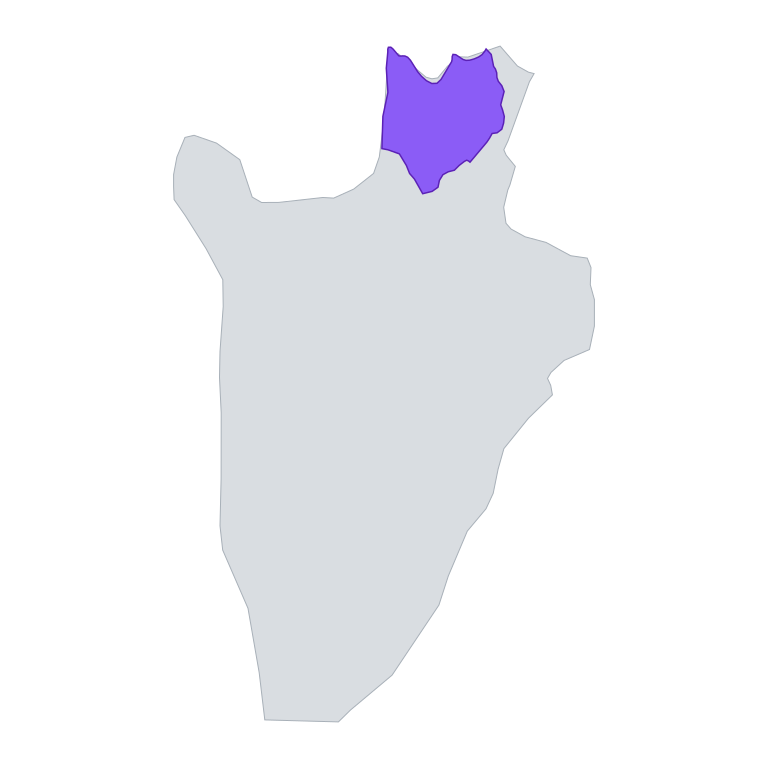 Burundi, with Kirundo highlighted
{"feature_id": "BDI-2643", "entity_name": "Kirundo", "entity_type": "Province", "adm_level": 1, "iso_a3": "BDI", "parent_name": "Burundi", "parent_adm1": "", "projection": "equal_earth", "projection_center": [30.179, -2.549], "detail": "fine", "context": "in_parent", "style": "filled", "palette": "violet", "viewbox_px": 768, "rotation_deg": 0, "n_neighbors": 0, "source": "natural_earth", "source_scale": "10m", "svg_char_len": 1925}
<svg xmlns="http://www.w3.org/2000/svg" viewBox="0 0 768 768"><path d="M534.1,73.6L529.4,81.8L508.0,140.9L503.8,149.8L506.2,155.2L515.3,166.4L509.9,185.0L507.8,190.0L503.7,207.3L506.0,223.3L511.1,229.1L525.1,236.8L546.0,242.4L570.6,255.7L587.2,258.1L591.0,267.6L590.3,284.7L594.4,299.6L594.4,326.1L589.5,349.5L564.1,360.4L551.0,372.4L547.5,378.4L550.7,385.4L552.4,394.9L528.5,418.2L503.9,448.6L498.1,469.1L493.2,493.3L486.0,508.8L467.3,531.1L448.3,576.0L438.9,605.1L392.1,675.1L350.5,710.0L338.4,721.9L264.8,719.9L259.2,672.7L248.0,608.3L222.7,550.1L220.0,525.8L221.1,478.9L221.2,412.9L219.5,377.4L220.0,351.6L223.2,306.6L222.8,279.7L206.1,248.7L185.4,215.8L174.1,199.6L173.6,186.6L173.6,174.6L176.9,157.0L185.0,137.4L194.1,135.3L216.5,143.1L239.8,159.7L252.2,197.1L261.6,202.5L278.8,202.4L322.8,197.5L333.7,198.1L353.7,189.1L373.6,173.4L379.3,157.0L383.9,120.4L388.1,54.5L398.2,53.7L426.0,77.2L431.9,78.8L437.8,77.9L447.4,66.3L459.2,56.8L467.9,57.1L500.1,46.1L517.4,66.0L528.3,72.1L534.1,73.6Z" fill="#d9dde1" stroke="#a8b0b8" stroke-width="1"/><path d="M466.0,60.4L469.7,60.2L474.2,58.9L478.6,57.0L482.0,54.7L485.0,50.9L486.1,49.0L491.2,54.4L493.6,66.4L495.4,69.0L496.7,72.8L496.9,77.4L498.3,81.3L501.8,85.7L504.1,91.5L500.7,104.8L502.6,110.1L504.3,116.5L503.6,123.1L501.8,129.2L497.1,132.8L492.1,133.5L489.5,138.2L486.8,142.2L470.0,162.2L468.6,161.0L466.7,160.2L464.4,161.4L459.2,165.4L454.4,170.2L448.2,171.8L442.9,174.7L439.4,180.4L438.0,187.2L432.1,191.4L422.7,193.7L414.4,179.0L409.6,173.5L406.4,165.5L399.4,153.9L388.0,149.8L381.9,148.6L382.9,116.3L387.9,92.4L386.3,68.2L387.8,52.0L387.8,49.1L388.4,47.3L390.8,47.2L392.7,48.7L394.3,50.5L394.7,51.0L398.8,55.8L400.7,56.1L402.6,55.9L404.9,56.0L407.6,57.2L410.4,60.2L417.7,71.8L421.5,76.3L426.4,80.7L431.8,83.5L437.0,83.3L441.0,79.5L451.6,61.7L452.1,59.5L452.2,56.5L453.0,54.4L455.8,54.7L463.1,59.5L466.0,60.4Z" fill="#8b5cf6" stroke="#5b21b6" stroke-width="1.5"/></svg>